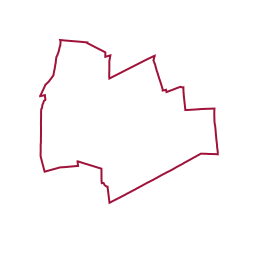 Stoicanesti, Olt, Romania (Natural Earth projection), rotated 108°
{"feature_id": "2599482B66370938976982", "entity_name": "Stoicanesti", "entity_type": "district", "adm_level": 2, "iso_a3": "ROU", "parent_name": "Romania", "parent_adm1": "Olt", "projection": "natural_earth1", "projection_center": [24.65, 44.228], "detail": "fine", "context": "isolated", "style": "outline", "palette": "rose", "viewbox_px": 256, "rotation_deg": 108, "n_neighbors": 0, "source": "geoboundaries", "source_scale": "gbopen_adm2", "svg_char_len": 5521}
<svg xmlns="http://www.w3.org/2000/svg" viewBox="0 0 256 256"><g transform="rotate(108 128 128)"><path d="M112.2,219.9L113.7,220.0L116.0,220.3L116.5,220.3L117.1,220.4L117.9,220.5L119.4,220.7L120.9,220.9L122.0,221.0L123.5,221.2L124.7,221.5L124.9,221.4L124.7,221.1L123.8,219.5L123.5,219.0L122.8,217.8L122.4,217.2L122.6,217.1L122.9,217.0L123.1,216.9L124.5,216.3L125.1,216.0L125.7,215.7L126.0,215.6L126.7,215.3L126.9,215.3L127.0,215.5L127.5,215.8L127.7,216.0L127.8,216.1L128.0,216.1L128.3,216.3L128.5,216.3L128.9,216.3L129.1,216.3L129.3,216.3L129.5,216.3L129.8,216.3L130.2,216.3L130.6,216.3L131.3,216.4L131.6,216.5L131.8,216.5L132.0,216.5L132.6,216.5L133.0,216.4L134.3,216.2L134.9,216.1L135.6,216.0L135.8,216.1L136.2,216.2L136.3,216.2L136.8,216.3L137.0,216.3L137.2,216.2L137.4,216.2L137.5,216.2L138.5,215.9L139.6,215.6L140.6,215.3L141.9,214.9L143.0,214.5L151.6,211.9L151.8,211.8L152.5,211.5L153.8,211.1L154.3,210.9L155.7,210.5L156.8,210.1L169.3,206.2L169.6,206.2L170.5,206.0L171.4,205.7L173.3,205.1L177.3,203.8L178.7,203.4L179.8,203.1L181.7,202.4L182.0,202.3L182.4,202.1L182.5,202.0L187.4,198.9L195.3,193.8L186.5,180.5L186.4,180.3L184.6,175.7L181.6,168.8L181.5,168.4L181.3,168.1L181.1,167.5L180.8,166.9L180.4,166.0L180.2,165.6L180.0,164.9L179.8,164.6L179.8,164.3L179.5,163.7L178.0,164.5L177.1,164.8L176.5,165.2L175.3,165.7L175.2,165.5L175.2,165.3L175.2,164.8L175.2,164.4L175.2,164.0L175.2,163.5L175.2,162.5L175.2,161.6L175.2,159.9L175.2,158.7L175.2,157.9L175.2,157.5L175.2,157.2L175.1,156.8L175.1,156.4L175.1,154.3L175.1,152.7L175.1,152.1L175.1,151.6L175.0,151.0L175.0,150.2L175.0,149.5L175.0,149.0L175.0,148.2L175.0,146.5L174.9,141.9L174.9,141.0L174.9,140.7L184.2,137.6L187.3,136.5L188.5,136.0L188.6,135.9L188.1,135.2L187.9,134.6L187.9,134.2L189.5,132.6L189.8,131.8L190.1,130.9L190.4,130.0L190.4,129.8L190.4,129.6L190.2,129.3L204.8,122.5L193.0,110.7L190.9,108.8L189.8,107.7L188.2,106.1L187.5,105.4L186.5,104.5L185.4,103.4L184.9,102.9L184.6,102.6L184.1,102.1L183.4,101.5L183.1,101.2L182.4,100.6L181.8,100.0L180.8,99.0L180.3,98.6L179.8,98.1L178.5,96.8L178.2,96.5L177.8,96.2L176.8,95.3L176.4,94.8L176.0,94.5L175.6,94.1L175.0,93.6L174.4,93.0L174.2,92.8L173.9,92.5L173.3,91.9L173.1,91.7L172.9,91.4L172.7,91.3L172.5,91.0L172.1,90.7L171.9,90.4L171.5,90.1L171.1,89.7L170.7,89.3L170.4,89.0L170.2,88.8L169.6,88.1L168.8,87.4L168.0,86.7L167.5,86.2L167.1,85.8L166.6,85.3L166.3,85.0L166.1,84.9L164.9,83.8L164.3,83.2L163.4,82.4L162.9,82.0L160.3,79.4L159.9,79.0L158.6,77.8L158.2,77.4L157.2,76.4L156.9,76.0L154.8,73.9L154.3,73.4L154.0,73.2L153.4,72.6L153.0,72.3L152.6,71.9L151.5,70.9L151.0,70.5L150.7,70.2L150.2,69.8L149.5,69.1L149.1,68.7L147.5,67.2L147.1,66.8L146.8,66.5L146.4,66.1L145.9,65.6L144.8,64.6L143.9,63.9L143.6,63.6L143.4,63.5L143.0,63.0L142.5,62.5L141.7,61.8L140.6,60.8L138.4,58.7L137.0,57.4L136.0,56.5L135.4,55.9L134.6,55.1L133.6,54.2L133.2,53.9L131.8,52.5L130.0,50.9L129.8,50.5L129.5,49.4L129.2,48.3L129.0,47.8L128.6,46.4L128.1,44.7L128.0,44.1L127.4,42.0L127.2,41.5L126.8,40.1L126.6,39.4L126.1,37.8L126.0,37.3L125.9,37.0L125.8,36.6L125.6,35.8L125.5,35.3L125.4,34.9L125.3,34.5L124.8,34.7L124.0,34.9L123.7,35.0L122.9,35.3L121.6,35.9L120.9,36.2L120.0,36.7L119.5,36.9L119.0,37.2L118.2,37.5L117.0,38.0L116.4,38.2L115.1,38.8L114.6,39.0L114.1,39.3L113.1,39.7L112.7,39.9L112.5,40.0L110.3,41.0L109.9,41.1L107.4,42.2L106.9,42.4L105.2,43.2L104.7,43.3L104.1,43.6L102.9,44.1L101.5,44.7L100.4,45.2L99.5,45.6L99.0,45.8L98.4,46.1L97.5,46.7L97.1,46.9L95.9,47.4L95.5,47.6L94.5,48.0L91.0,49.2L89.1,49.9L87.9,50.3L86.9,50.6L85.9,50.9L84.6,51.3L84.2,51.4L82.8,51.8L86.1,60.9L87.9,65.7L88.0,65.7L91.9,75.5L93.2,79.0L79.6,85.1L78.7,85.4L76.5,86.4L74.5,87.1L72.2,87.9L72.6,88.6L72.7,88.9L72.6,89.5L72.6,90.0L72.6,90.8L74.5,93.3L77.8,97.3L78.9,98.7L80.1,100.2L81.3,101.7L81.9,102.5L79.9,103.7L80.2,104.1L80.7,104.8L80.9,105.1L81.0,105.2L81.1,105.6L81.2,105.9L81.2,106.0L81.3,106.2L81.4,106.3L81.6,106.6L81.4,106.7L81.0,106.5L80.4,107.0L79.6,107.6L79.1,107.9L78.7,108.2L78.2,108.6L75.3,110.6L73.1,112.2L72.5,112.6L72.4,112.7L72.1,113.0L71.8,113.2L71.5,113.5L70.4,114.2L69.9,114.5L69.7,114.7L69.5,114.9L69.4,115.0L68.6,115.5L67.9,116.0L66.7,116.8L66.3,117.1L65.6,117.6L65.2,118.0L64.6,118.4L64.3,118.6L64.1,118.8L63.8,118.9L63.4,119.2L62.8,119.6L62.4,119.8L62.1,120.1L61.2,120.7L60.7,121.0L60.1,121.3L59.7,121.6L58.7,122.3L58.3,122.7L58.0,122.9L57.7,123.2L56.4,124.2L56.0,124.5L55.8,124.7L55.5,124.8L55.2,124.8L54.7,124.7L54.4,124.7L53.9,124.8L53.2,124.9L52.6,124.9L51.8,124.8L51.4,125.1L51.2,125.1L51.7,125.7L53.2,127.3L57.1,131.4L57.9,132.2L64.9,139.2L73.2,147.5L84.5,158.8L86.7,161.0L85.1,161.7L84.4,161.9L82.3,162.6L78.9,163.6L75.1,164.8L71.5,166.0L69.2,166.6L67.4,166.8L64.4,167.2L67.3,171.6L63.1,172.9L63.0,173.1L62.0,179.2L61.7,181.3L59.8,193.0L59.2,193.1L60.3,198.1L60.9,200.8L64.1,214.3L65.3,219.7L65.7,219.4L66.2,219.2L66.6,219.0L67.1,218.7L67.5,218.6L67.9,218.5L68.3,218.4L68.7,218.4L69.1,218.3L69.8,218.0L70.0,217.9L71.2,218.0L72.5,217.9L73.1,217.9L74.2,217.8L74.4,217.8L74.6,217.7L75.1,217.7L75.9,217.6L76.3,217.6L77.4,217.6L77.9,217.6L79.5,217.7L80.4,217.7L80.9,217.7L81.3,217.8L81.8,217.9L82.2,218.0L82.6,218.0L82.9,218.0L83.9,217.8L84.6,217.7L85.7,217.5L88.3,216.9L89.3,216.8L90.3,216.7L92.0,216.4L93.3,216.2L94.7,216.0L95.8,215.9L96.6,215.8L97.7,215.7L98.5,215.6L99.5,215.4L100.3,215.4L100.8,215.2L101.0,215.2L103.4,216.0L104.2,216.3L105.1,216.6L105.8,216.8L106.8,217.2L107.2,217.3L108.6,217.8L108.9,218.0L109.0,218.0L110.2,218.7L110.7,219.0L111.4,219.3L112.1,219.7L112.2,219.9Z" fill="none" stroke="#9f1239" stroke-width="2"/></g></svg>